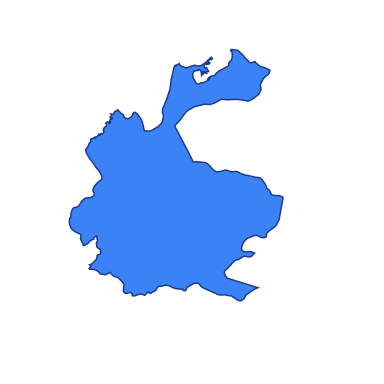 an SVG outline of Antioquia, rotated 61°
{"feature_id": "COL-1314", "entity_name": "Antioquia", "entity_type": "Department", "adm_level": 1, "iso_a3": "COL", "parent_name": "Colombia", "parent_adm1": "", "projection": "orthographic", "projection_center": [-75.909, 7.152], "detail": "fine", "context": "isolated", "style": "filled", "palette": "blue", "viewbox_px": 384, "rotation_deg": 61, "n_neighbors": 0, "source": "natural_earth", "source_scale": "10m", "svg_char_len": 5956}
<svg xmlns="http://www.w3.org/2000/svg" viewBox="0 0 384 384"><g transform="rotate(61 192 192)"><path d="M83.5,110.1L84.1,110.3L84.6,109.4L85.2,109.4L85.6,110.1L85.6,111.3L85.1,111.3L84.6,110.9L84.6,112.7L85.1,114.0L86.0,114.5L87.1,113.9L87.1,115.4L88.1,114.4L88.4,115.1L87.7,116.3L87.6,117.4L86.1,116.9L86.6,119.6L88.4,120.7L90.0,120.4L90.2,119.0L94.7,119.0L93.9,120.4L93.6,121.2L93.6,122.1L94.2,122.1L95.2,121.5L95.2,122.1L92.6,123.0L92.6,123.5L93.7,123.8L94.3,124.5L94.2,125.1L93.4,124.5L92.2,124.5L92.8,125.2L94.2,126.2L94.7,127.1L92.8,126.2L90.8,125.7L89.1,125.9L88.1,127.1L88.1,127.4L88.6,127.6L87.2,131.7L89.2,134.3L93.1,135.6L97.7,135.7L99.4,135.3L100.2,134.8L100.7,134.2L100.9,133.5L100.7,131.9L100.8,131.3L101.5,130.6L101.7,129.9L102.1,125.3L102.0,123.3L101.1,121.5L100.9,122.5L101.1,123.5L100.7,123.5L100.3,122.4L100.0,120.6L100.0,118.9L100.9,116.4L100.6,114.8L99.7,112.4L99.3,110.0L99.3,99.7L98.9,98.3L97.0,97.3L96.5,96.2L96.2,94.9L95.7,93.6L94.3,92.1L92.0,90.5L89.3,89.2L87.2,89.0L87.2,89.5L86.3,88.7L87.5,86.8L89.3,84.7L90.3,83.2L97.5,80.9L99.3,80.8L106.4,78.8L107.4,78.2L107.8,77.6L107.9,76.0L108.2,75.2L108.8,74.8L108.8,74.4L108.3,74.4L108.3,73.8L109.7,73.6L114.7,71.7L115.7,71.1L118.9,67.8L123.2,64.8L125.5,67.0L126.1,68.5L127.3,74.5L129.1,77.0L130.4,79.2L131.4,80.3L135.4,81.7L136.6,82.8L138.9,86.4L139.9,92.5L140.1,95.6L139.8,98.8L135.9,103.4L132.4,108.4L128.6,116.1L126.4,119.4L125.0,121.9L125.1,128.7L124.9,130.7L124.0,134.3L121.3,138.4L118.6,148.4L118.6,155.5L119.2,158.8L123.8,168.8L125.7,175.1L153.4,175.8L165.4,176.3L166.2,176.1L167.1,175.5L167.5,173.6L172.6,166.3L174.8,164.7L177.4,163.9L181.7,163.0L184.4,162.0L185.8,161.1L187.6,158.3L189.0,152.2L189.9,150.9L191.2,149.7L193.1,148.5L195.4,143.4L196.7,142.2L200.5,139.6L202.5,137.8L205.3,134.3L209.8,129.5L212.3,125.8L213.3,125.3L215.2,124.7L220.7,124.1L222.3,124.2L223.6,124.6L224.6,124.8L225.6,124.5L226.6,123.9L227.8,123.6L229.2,123.5L233.3,123.7L235.5,120.7L237.4,117.7L238.6,116.4L239.8,115.5L241.1,115.1L258.4,129.2L259.8,131.5L261.1,133.4L261.9,134.3L262.6,136.4L263.5,143.8L264.1,146.0L265.0,147.4L266.8,148.5L267.2,149.5L267.0,150.8L265.9,152.9L264.6,154.1L262.9,155.2L261.4,156.4L260.4,158.2L259.5,164.3L259.5,166.6L259.9,168.6L261.3,171.7L263.8,174.8L265.3,176.2L266.7,176.6L268.2,176.3L269.8,174.9L270.8,173.7L272.0,170.5L272.9,169.2L275.8,166.9L277.1,171.0L276.7,172.8L276.3,174.0L274.0,176.6L273.5,177.6L273.2,179.2L273.5,181.0L273.5,184.0L272.8,186.5L272.9,188.3L273.4,190.6L274.7,193.5L275.3,195.9L276.1,198.0L276.7,201.2L277.4,202.3L279.2,203.0L280.6,203.3L282.8,203.1L284.1,203.3L307.7,180.7L307.3,184.2L308.1,193.6L308.4,195.1L310.0,197.3L310.6,198.4L311.0,201.5L310.0,203.5L308.2,204.8L302.2,207.8L301.6,208.3L301.1,209.5L298.1,212.7L295.8,217.2L294.8,218.5L281.3,228.7L278.5,230.0L275.6,230.4L274.4,230.8L272.8,235.2L273.0,242.0L273.2,242.9L274.4,244.2L274.9,245.0L275.0,245.8L274.6,246.7L274.0,247.3L273.3,247.6L272.5,247.2L269.1,252.5L267.2,254.5L262.7,257.7L261.2,259.3L260.3,261.2L259.7,264.4L258.7,266.1L258.4,267.1L258.5,268.2L258.9,269.0L259.9,270.2L260.4,271.4L260.6,272.5L260.4,275.5L260.7,277.1L260.4,277.7L258.4,278.8L258.4,280.2L259.5,283.3L259.2,283.9L258.3,284.2L257.3,285.2L256.4,286.4L255.9,287.4L255.2,292.1L254.2,294.1L253.6,294.5L252.5,293.6L251.2,293.8L250.4,294.1L249.5,296.2L249.2,297.7L248.3,299.5L245.8,300.2L245.1,299.9L242.0,297.9L240.7,296.6L239.2,296.2L234.8,297.1L230.1,298.5L228.7,300.5L227.8,301.2L225.4,302.2L222.7,302.5L222.5,304.4L222.6,307.2L222.0,308.3L219.5,311.1L219.5,311.7L218.9,312.1L217.0,312.3L216.1,312.6L213.5,314.1L212.3,315.1L209.9,319.0L209.1,319.2L207.9,316.3L206.0,317.0L206.3,314.3L206.1,313.1L204.3,307.9L203.8,307.1L202.3,306.4L201.6,305.5L201.4,304.8L201.7,302.6L201.5,301.9L201.0,301.4L199.9,301.1L198.8,300.3L198.0,300.0L194.7,301.7L193.5,301.8L193.1,301.5L190.3,300.4L189.6,299.8L189.2,298.7L188.4,298.0L187.4,297.8L185.1,297.0L184.2,296.9L184.2,299.5L184.7,300.4L185.7,300.8L185.3,303.1L185.3,304.2L186.5,308.2L186.6,309.7L186.6,311.2L186.2,313.0L184.3,312.4L182.6,312.5L181.0,312.3L179.4,312.4L178.7,312.2L177.9,311.4L176.0,310.0L174.9,310.1L170.1,313.5L166.2,315.2L164.6,315.3L161.2,314.8L158.6,313.8L157.0,312.8L155.6,311.5L154.7,309.7L152.5,308.6L149.6,305.7L149.2,305.1L148.5,303.7L148.6,302.5L149.5,299.4L149.2,297.5L146.6,293.0L145.7,289.4L145.9,287.6L147.9,282.5L147.5,279.1L145.6,278.2L143.6,278.2L141.8,277.4L139.7,274.8L138.0,270.2L137.3,265.6L136.7,264.4L135.3,263.5L132.7,263.1L129.9,263.1L127.1,263.4L124.7,263.9L117.0,264.6L113.8,265.3L107.9,265.5L106.1,265.3L104.1,264.8L103.1,264.1L102.5,263.1L102.2,261.7L101.4,260.3L99.4,258.1L98.9,256.0L97.4,255.5L96.9,255.0L96.7,253.8L96.9,252.4L97.3,251.1L97.9,250.4L96.9,250.0L97.7,248.8L97.6,248.0L96.4,245.9L97.5,245.7L98.0,244.9L96.7,244.6L96.6,243.8L97.0,242.9L97.7,242.1L97.7,241.5L96.0,239.3L94.9,239.6L94.3,239.0L93.7,238.0L92.9,237.3L93.0,236.0L92.6,234.9L91.9,234.2L90.9,233.7L90.0,234.1L89.6,233.2L89.8,231.7L90.4,230.6L90.9,230.6L91.4,231.0L91.8,231.0L92.0,229.9L91.6,229.5L90.0,229.3L89.4,229.1L88.9,228.3L89.0,227.6L89.4,226.3L89.1,225.9L88.4,226.4L87.8,227.1L87.9,227.5L87.1,227.5L86.7,227.2L86.2,225.2L85.7,225.1L84.3,225.1L85.7,223.5L85.9,223.0L85.7,222.3L84.6,221.5L84.3,220.7L84.3,218.0L84.1,217.2L87.4,216.2L88.4,216.1L90.7,214.7L94.2,215.0L94.9,214.7L95.1,214.2L96.0,213.4L96.7,212.5L97.1,211.4L96.7,208.6L96.4,207.4L96.0,206.6L94.9,205.8L94.3,204.2L94.6,203.2L95.7,202.6L97.1,202.0L99.2,201.6L103.9,201.2L105.5,201.3L111.5,202.8L113.8,203.7L115.5,203.9L118.0,199.8L118.6,197.7L118.3,189.4L116.8,184.8L115.8,183.5L111.8,180.1L110.7,179.7L108.2,179.4L106.3,178.1L104.8,177.0L98.9,169.6L91.3,161.3L83.7,155.8L74.3,147.3L73.0,145.3L73.6,144.8L74.0,144.8L73.8,144.0L73.6,143.7L73.5,143.8L73.5,140.8L75.5,141.1L77.2,140.0L78.6,138.5L79.8,137.7L80.8,136.6L82.1,129.1L82.6,128.0L83.2,127.3L84.6,126.4L84.8,125.0L85.3,124.3L85.8,122.7L85.3,116.6L84.4,113.9L83.5,110.1Z" fill="#3b82f6" stroke="#1e3a8a" stroke-width="1.5"/></g></svg>